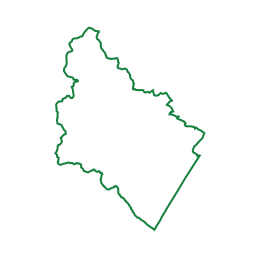 the district of Le Thuy, Quảng Bình, Vietnam, rotated 83°
{"feature_id": "81297802B23145234920875", "entity_name": "Le Thuy", "entity_type": "district", "adm_level": 2, "iso_a3": "VNM", "parent_name": "Vietnam", "parent_adm1": "Quảng Bình", "projection": "orthographic", "projection_center": [106.715, 17.125], "detail": "fine", "context": "isolated", "style": "outline", "palette": "green", "viewbox_px": 256, "rotation_deg": 83, "n_neighbors": 0, "source": "geoboundaries", "source_scale": "gbopen_adm2", "svg_char_len": 5809}
<svg xmlns="http://www.w3.org/2000/svg" viewBox="0 0 256 256"><g transform="rotate(83 128 128)"><path d="M129.4,195.9L130.6,195.7L131.6,195.6L132.4,195.2L133.1,195.2L134.3,195.7L136.4,197.9L136.2,198.9L136.9,199.9L137.1,200.0L138.6,200.1L140.1,200.5L143.0,201.9L144.1,203.1L144.3,203.1L146.0,201.7L146.9,201.6L147.7,201.8L148.1,201.6L148.4,201.7L149.0,200.6L149.2,200.4L150.9,201.0L152.1,201.1L153.2,201.9L153.8,201.9L154.2,201.8L155.0,201.4L155.9,200.6L156.3,199.8L156.2,198.9L155.7,197.1L155.5,195.4L155.6,194.3L155.3,193.5L155.2,192.6L155.0,192.0L155.0,191.1L155.1,190.7L155.9,189.9L155.8,188.1L156.0,187.4L157.0,186.6L157.5,185.4L157.4,185.2L156.9,184.4L156.7,183.9L156.6,182.6L156.8,182.4L157.0,182.3L157.3,182.1L157.4,181.8L157.2,181.0L157.3,180.8L158.1,179.5L158.5,179.1L158.9,178.9L159.2,178.9L160.0,179.2L161.2,179.3L161.9,178.9L162.5,178.2L162.8,177.9L164.1,177.3L165.3,177.1L165.6,176.8L166.0,175.3L166.6,174.5L167.2,173.3L165.7,168.9L165.7,168.1L165.1,167.5L165.1,166.5L165.7,166.3L166.3,165.9L167.2,164.9L167.8,163.8L167.3,162.3L167.6,161.6L167.9,161.3L168.5,161.3L169.1,161.2L169.4,159.6L170.8,159.1L171.7,160.0L174.5,160.8L175.5,161.4L176.1,161.6L177.1,161.3L179.1,161.2L181.9,159.7L182.4,159.7L183.1,158.6L184.1,157.8L184.8,157.6L185.6,156.9L186.3,156.2L186.6,155.2L186.7,154.0L185.6,151.8L185.2,149.3L185.1,149.0L184.6,148.8L184.1,148.1L184.1,147.4L184.1,147.0L184.6,146.5L186.0,145.5L187.0,145.1L188.0,145.4L189.5,145.3L190.5,145.5L191.0,145.5L191.6,145.3L192.1,145.3L192.5,145.1L193.2,144.6L193.2,144.3L193.5,144.1L194.9,143.8L195.5,143.5L195.8,143.2L195.8,142.8L196.3,141.9L197.0,141.6L197.3,141.0L197.8,140.6L198.8,140.0L199.3,140.0L200.1,139.2L200.7,139.2L200.9,138.7L201.4,138.5L202.0,137.8L203.4,137.0L203.8,136.5L204.6,136.4L206.6,135.4L208.0,134.6L208.3,134.6L208.7,134.9L209.7,134.2L210.2,133.7L211.5,133.6L211.9,133.5L213.3,132.4L214.1,132.1L214.9,132.1L215.5,131.6L215.8,131.6L216.5,130.8L218.0,129.8L218.1,129.6L218.1,128.9L218.6,128.0L220.8,126.1L221.2,125.6L222.0,124.6L222.3,124.1L222.6,123.9L222.9,123.4L226.2,120.8L229.0,117.8L231.1,115.2L232.3,114.3L230.3,112.7L229.0,111.8L223.8,107.5L221.7,106.1L220.8,105.6L215.6,101.5L212.1,98.9L194.7,85.0L185.1,77.6L164.1,60.2L163.9,60.7L164.5,62.1L164.4,62.3L164.3,62.5L164.0,62.7L163.3,62.8L162.8,62.7L162.6,62.8L161.9,64.0L161.4,64.3L160.2,66.1L158.8,66.5L157.7,66.3L155.9,65.4L155.4,64.9L154.1,64.3L153.4,62.8L149.5,58.5L147.8,56.0L147.0,55.3L142.3,52.9L139.4,55.9L138.8,57.1L138.3,57.9L137.4,58.9L136.5,59.9L135.9,60.3L136.5,61.5L135.8,61.4L135.5,61.6L135.4,62.0L135.3,62.6L135.0,63.0L134.7,63.1L134.0,65.5L133.5,69.2L133.1,70.7L131.0,71.2L130.3,70.3L128.1,71.8L128.2,72.3L127.2,73.3L126.1,75.5L124.8,77.6L124.8,77.9L124.7,78.0L124.3,78.0L124.1,77.8L123.8,77.8L123.3,76.7L122.9,76.3L122.5,76.6L123.5,78.0L121.9,79.3L119.9,83.0L119.5,85.1L118.5,84.6L117.2,83.4L117.4,82.5L117.1,81.1L114.4,81.9L112.9,82.9L112.1,83.3L111.0,84.5L109.7,86.7L109.4,86.5L108.9,85.6L106.7,83.1L106.4,82.3L106.5,81.2L106.3,81.0L102.4,83.6L98.8,85.2L97.6,86.0L97.6,86.3L98.4,88.5L98.4,88.8L98.1,90.1L97.2,91.4L98.8,93.4L99.4,94.5L99.2,96.7L98.8,97.7L98.4,98.2L97.6,98.3L96.8,98.3L95.5,98.4L94.7,98.9L94.4,98.9L93.7,98.7L94.6,100.8L95.3,101.7L95.6,102.5L94.6,103.6L94.5,104.4L94.8,105.9L94.7,107.0L94.0,107.7L92.8,108.2L92.4,108.2L91.8,110.7L91.9,112.8L91.4,113.5L91.5,114.1L91.4,115.0L91.1,115.5L90.4,116.2L90.4,116.6L90.6,117.1L90.3,118.1L90.0,118.1L89.6,118.3L89.4,118.3L89.0,117.9L87.8,118.0L87.2,117.5L86.2,117.5L85.3,116.8L84.9,116.7L84.6,116.7L83.1,117.4L82.3,117.2L81.5,117.3L80.8,118.0L79.4,119.1L78.7,119.4L77.9,119.7L76.7,119.5L76.0,119.5L75.4,119.6L72.9,120.6L72.7,120.7L72.6,121.1L72.4,121.4L71.7,121.7L70.2,121.8L68.7,123.4L68.7,124.2L69.0,126.4L68.8,127.2L68.1,128.5L67.7,129.4L67.6,130.0L67.2,130.5L66.5,130.6L66.0,131.0L65.6,130.9L62.9,129.5L62.1,129.2L61.9,129.3L61.3,129.7L61.1,129.8L60.0,129.6L57.4,130.1L57.2,130.7L57.3,131.3L57.6,132.3L57.6,132.6L57.6,133.0L57.3,133.8L57.5,135.3L57.5,136.4L57.4,136.6L57.0,136.9L56.9,138.0L55.7,140.5L54.9,140.7L54.0,140.7L53.3,141.3L51.7,141.3L50.3,141.9L48.6,143.0L47.7,143.4L46.0,144.6L45.5,144.7L44.8,145.0L43.8,144.9L42.9,145.0L40.0,144.7L39.6,144.8L39.1,145.4L38.8,145.6L37.2,146.2L36.0,147.7L34.5,148.0L33.8,148.0L33.1,147.9L32.3,147.1L31.9,146.9L31.0,146.8L30.5,146.5L29.5,145.4L28.7,145.1L28.1,146.7L27.6,148.9L26.2,150.1L25.3,151.3L23.9,153.7L23.7,154.4L24.1,155.2L25.1,156.8L28.3,160.2L31.3,162.1L31.4,162.7L31.5,164.1L32.5,166.6L32.7,167.4L32.6,171.2L33.4,172.4L35.1,173.2L36.5,175.5L37.0,175.9L37.9,176.0L41.0,175.1L43.1,173.9L44.4,173.8L44.7,174.1L45.0,174.8L45.1,176.5L45.5,177.6L46.0,178.7L47.6,179.7L48.2,180.2L49.1,180.4L50.3,180.4L50.9,180.7L54.0,180.7L55.5,181.0L57.0,181.1L59.1,182.2L60.2,183.5L60.8,183.9L61.7,184.2L63.6,184.6L66.2,183.4L69.1,181.9L69.9,180.2L71.3,176.6L73.4,176.0L73.9,172.9L74.5,172.2L74.9,172.0L75.6,172.2L75.6,174.6L76.1,175.3L76.6,176.2L76.8,176.4L77.4,176.4L77.8,176.6L79.3,176.8L79.9,177.4L80.1,177.8L80.2,178.8L82.5,178.2L84.3,178.0L86.3,178.1L88.0,177.9L88.6,177.9L89.4,178.1L90.9,178.8L91.2,179.4L91.3,179.9L91.3,180.9L91.1,181.2L88.9,182.5L88.9,183.2L88.7,184.6L89.9,185.4L90.0,185.8L90.7,186.9L90.9,187.8L91.0,189.1L91.1,189.3L91.5,189.4L92.1,189.4L92.4,189.6L92.7,190.0L93.2,190.1L93.4,190.2L93.6,190.5L93.3,192.7L93.4,193.8L94.9,195.6L96.0,196.5L97.6,196.5L99.2,196.6L100.3,196.5L101.1,196.6L101.7,196.9L102.2,196.8L102.6,196.7L103.1,196.5L103.7,195.8L104.0,195.7L105.8,196.2L107.9,196.5L108.3,196.7L108.7,196.8L109.1,196.5L109.9,196.9L111.1,197.6L111.5,197.6L112.6,197.5L114.8,197.5L115.3,196.8L116.6,194.0L117.2,193.5L118.0,193.5L119.5,192.7L121.9,191.8L122.4,191.5L123.7,190.3L125.6,190.6L126.2,190.5L126.5,190.8L126.6,191.7L127.3,193.2L127.7,193.8L128.7,194.5L129.1,194.9L129.4,195.9Z" fill="none" stroke="#15803d" stroke-width="2"/></g></svg>